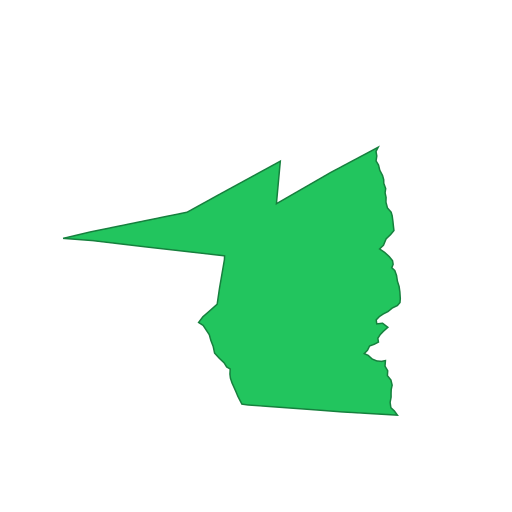 Italva, Rio de Janeiro, Brazil (orthographic projection), rotated 110°
{"feature_id": "56859067B48628253116757", "entity_name": "Italva", "entity_type": "district", "adm_level": 2, "iso_a3": "BRA", "parent_name": "Brazil", "parent_adm1": "Rio de Janeiro", "projection": "orthographic", "projection_center": [-41.653, -21.457], "detail": "fine", "context": "isolated", "style": "filled", "palette": "green", "viewbox_px": 512, "rotation_deg": 110, "n_neighbors": 0, "source": "geoboundaries", "source_scale": "gbopen_adm2", "svg_char_len": 1478}
<svg xmlns="http://www.w3.org/2000/svg" viewBox="0 0 512 512"><g transform="rotate(110 256 256)"><path d="M158.6,265.6L211.0,311.8L238.4,335.7L248.9,352.9L289.9,419.7L305.4,443.3L297.2,414.1L296.2,409.6L284.9,361.7L277.9,332.7L266.6,285.6L270.3,284.4L298.6,279.3L314.6,276.0L326.2,282.3L331.2,285.1L338.1,287.2L339.3,281.9L341.9,278.4L345.9,273.0L350.8,269.5L355.6,265.3L361.4,261.7L364.6,255.6L367.3,249.4L370.3,245.6L371.0,241.6L375.9,240.1L379.6,238.2L383.6,235.0L387.7,231.0L390.4,228.4L394.0,225.1L396.6,222.3L400.0,218.6L398.7,212.5L379.6,145.2L373.2,122.2L357.2,68.7L354.3,73.0L352.4,77.4L347.7,79.9L342.4,80.8L338.6,82.2L335.1,83.3L330.8,83.9L326.4,86.8L323.5,91.6L318.8,93.0L315.4,97.1L310.0,98.6L312.1,102.0L313.3,106.7L313.1,111.5L311.0,116.6L310.7,120.9L306.4,119.0L301.7,118.5L298.5,114.7L295.0,111.5L291.6,113.4L287.4,112.4L283.3,110.6L277.9,107.7L275.9,114.1L278.5,119.3L274.9,121.2L270.6,119.3L266.7,116.4L263.1,113.0L258.2,110.1L254.2,106.2L250.5,104.8L246.8,105.8L240.6,108.5L235.7,111.1L231.3,114.5L226.2,117.3L222.2,120.6L220.6,124.4L216.9,124.3L213.7,126.1L211.0,130.6L208.6,136.4L207.1,142.3L202.3,139.9L195.4,139.6L189.7,136.8L184.9,135.1L180.3,137.4L176.8,139.1L171.6,141.8L168.6,144.0L165.9,148.9L161.0,152.3L156.5,153.8L152.5,156.3L148.3,157.2L144.0,160.8L140.6,162.1L137.1,164.6L133.1,169.0L128.6,172.0L125.6,175.7L120.7,176.7L116.7,179.0L112.0,178.4L152.1,214.5L199.9,254.7L158.6,265.6Z" fill="#22c55e" stroke="#15803d" stroke-width="1.5"/></g></svg>